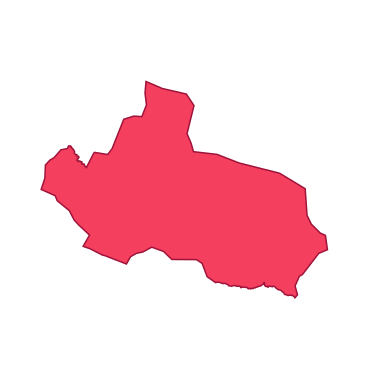 Mandal, Selenge, Mongolia, rotated 20°
{"feature_id": "93677404B74033139803686", "entity_name": "Mandal", "entity_type": "district", "adm_level": 2, "iso_a3": "MNG", "parent_name": "Mongolia", "parent_adm1": "Selenge", "projection": "albers", "projection_center": [107.085, 48.868], "detail": "fine", "context": "isolated", "style": "filled", "palette": "rose", "viewbox_px": 384, "rotation_deg": 20, "n_neighbors": 0, "source": "geoboundaries", "source_scale": "gbopen_adm2", "svg_char_len": 5382}
<svg xmlns="http://www.w3.org/2000/svg" viewBox="0 0 384 384"><g transform="rotate(20 192 192)"><path d="M245.1,269.1L246.1,268.5L246.7,268.1L247.2,267.9L247.5,267.8L247.8,267.7L248.5,267.6L248.9,267.5L249.4,267.4L249.7,267.4L249.9,267.4L250.2,267.5L250.6,267.6L250.9,267.6L251.3,267.6L251.6,267.6L251.9,267.5L252.4,267.5L252.5,267.4L252.9,267.2L253.1,267.0L253.7,266.7L254.0,266.7L254.3,266.7L254.6,266.7L254.8,266.6L255.0,266.6L255.3,266.6L255.5,266.6L255.9,266.7L256.1,266.8L256.3,266.7L256.9,266.7L257.4,266.7L257.7,266.8L257.8,267.0L258.1,267.3L258.3,267.4L258.5,267.5L259.0,267.6L259.4,267.4L259.7,267.2L260.1,267.1L260.4,267.1L260.6,267.1L260.8,267.1L261.2,267.2L261.4,267.1L261.5,267.1L261.7,266.9L261.9,266.7L262.5,266.2L263.1,265.8L263.6,265.5L264.1,265.3L264.3,265.3L264.7,265.3L264.9,265.3L265.2,265.3L265.4,265.4L265.7,265.3L265.9,265.2L266.1,265.1L266.3,265.2L266.6,265.1L266.9,265.1L267.0,265.1L267.3,264.8L267.5,264.7L268.0,264.6L268.2,264.4L268.4,264.3L268.5,264.2L268.9,264.1L269.2,264.1L269.5,264.2L269.8,264.3L270.0,264.6L270.1,264.9L270.2,265.0L270.3,265.1L270.5,265.1L270.9,265.1L271.0,265.0L271.2,264.6L271.4,264.5L271.5,264.4L271.9,264.3L272.1,264.2L272.4,264.0L272.5,263.9L272.8,263.8L273.0,263.7L273.5,263.5L273.8,263.4L274.2,263.4L274.9,263.4L275.3,263.2L275.5,263.1L275.9,262.9L276.0,262.9L276.6,263.0L276.9,263.2L277.0,263.3L277.3,263.3L277.5,263.4L277.6,263.5L278.0,263.7L278.4,263.6L278.6,263.4L278.7,263.2L278.8,262.9L279.1,262.8L279.3,262.7L279.9,262.9L280.1,263.0L280.3,262.9L280.5,262.8L280.6,262.7L280.8,262.6L281.1,262.4L281.3,262.3L281.7,261.9L281.8,261.8L282.2,261.8L282.3,261.8L282.3,261.7L282.4,261.4L282.5,261.3L282.7,261.2L282.9,261.2L283.0,261.1L283.1,260.9L283.3,260.8L283.6,260.7L283.9,260.6L284.0,260.5L284.3,260.3L284.5,260.0L284.7,259.8L284.9,259.6L285.5,259.1L286.1,258.7L286.3,258.6L286.7,258.1L286.9,258.0L287.2,257.7L287.7,257.3L287.9,257.1L288.2,257.0L288.3,256.9L288.5,256.9L288.9,256.5L289.1,256.0L289.3,255.7L289.5,255.4L290.0,254.8L290.3,254.5L290.5,254.2L290.5,253.8L290.5,253.4L290.5,253.0L290.6,252.6L290.7,252.4L290.8,252.4L291.0,252.4L291.3,252.8L291.5,253.2L291.6,253.7L291.8,254.3L292.0,254.6L292.4,255.0L292.6,255.2L293.0,255.3L293.3,255.4L293.7,255.5L294.0,255.4L294.3,255.1L294.4,254.9L294.5,254.8L294.6,254.7L294.9,254.9L295.0,255.0L295.2,255.4L295.5,255.4L295.8,255.4L296.1,255.4L296.3,255.2L296.4,254.8L296.5,254.5L296.5,254.4L296.9,253.9L297.1,253.8L297.7,253.8L298.4,253.8L298.8,253.7L299.3,253.6L299.7,253.5L300.2,253.4L300.3,253.1L300.6,252.8L300.7,252.7L301.0,252.6L301.3,252.6L301.5,252.7L301.9,252.6L302.0,252.6L302.6,252.8L302.8,252.9L303.1,253.1L303.5,253.4L303.9,253.6L304.6,253.7L305.3,254.0L305.7,254.2L306.1,254.3L306.9,254.3L307.4,254.1L307.9,254.0L308.4,254.0L308.8,254.0L309.2,254.0L309.6,254.2L310.1,254.4L310.4,254.6L311.1,254.9L311.4,255.0L312.2,255.0L312.5,255.1L312.8,255.3L313.0,255.6L313.3,256.0L313.5,256.2L313.8,256.4L314.1,256.5L314.6,256.5L315.0,256.5L315.3,256.5L315.9,256.3L316.1,256.2L316.3,256.2L316.5,256.3L316.9,256.4L317.3,256.5L317.6,256.4L317.9,256.3L318.2,256.1L318.4,255.9L319.1,255.6L319.6,255.3L320.4,255.2L320.8,255.2L321.1,255.0L321.3,254.9L321.8,254.9L321.9,255.0L322.1,255.0L322.5,255.0L323.5,255.4L323.8,255.5L324.3,255.7L324.7,256.0L324.9,256.2L326.3,252.5L321.0,245.0L321.7,234.4L324.0,231.8L332.1,206.3L339.0,199.9L332.2,187.1L326.5,186.7L315.1,181.4L308.1,174.6L297.2,150.2L267.9,144.4L226.4,148.6L202.6,148.1L179.6,153.6L174.4,146.4L167.4,138.9L164.3,110.1L153.2,101.9L128.7,104.9L111.0,103.9L114.0,115.1L119.4,125.7L119.1,138.3L111.3,140.6L103.0,147.0L102.1,178.7L99.9,185.6L86.9,188.1L86.4,189.1L84.4,205.2L84.2,205.1L84.1,204.8L84.0,204.7L83.9,204.4L83.7,204.3L83.4,204.3L83.0,204.5L82.7,204.5L82.2,204.4L82.0,204.2L81.8,203.5L81.7,203.3L81.2,202.8L81.0,202.6L80.9,202.6L80.6,202.7L80.0,203.2L79.4,203.2L78.9,203.2L78.6,203.2L78.4,203.0L78.3,202.8L78.4,202.6L78.6,202.4L78.6,202.2L78.5,201.9L78.4,201.5L78.2,201.4L77.6,201.4L77.1,201.5L76.8,201.5L76.2,201.2L75.8,201.2L75.4,201.4L75.2,201.6L75.1,201.8L75.1,202.2L74.9,202.2L74.3,201.7L74.0,201.6L73.8,201.6L73.6,201.7L73.4,201.9L73.2,201.9L73.1,201.7L73.2,201.3L73.0,201.1L72.8,200.9L72.8,200.7L73.5,200.0L73.8,198.9L73.9,198.2L73.6,197.7L73.4,197.5L73.3,197.4L73.1,197.3L73.0,197.2L72.8,197.3L72.7,197.4L72.6,197.7L72.6,197.9L72.4,197.9L72.2,197.9L71.5,197.7L71.3,197.5L71.2,197.3L71.2,197.1L71.2,196.7L71.1,196.3L71.0,196.2L70.8,196.2L70.5,196.3L70.3,196.5L70.0,196.6L69.7,196.7L69.4,196.5L69.2,196.4L69.0,196.2L68.3,195.8L68.1,195.7L68.1,195.3L68.2,195.2L68.1,194.9L67.9,194.6L67.8,194.4L67.8,194.1L67.6,193.9L67.3,193.8L67.1,193.7L67.0,193.4L66.9,193.2L66.7,193.0L65.9,192.9L65.7,192.8L65.6,192.7L65.4,192.6L65.4,192.4L65.3,192.1L65.2,192.0L64.6,192.0L64.4,191.9L64.2,191.8L64.0,191.7L63.7,191.7L63.4,191.6L63.4,191.3L63.4,191.1L63.4,190.9L63.2,190.8L62.8,190.9L62.6,190.7L62.4,190.5L62.3,190.4L62.0,190.3L61.8,190.4L61.6,190.5L61.2,190.6L60.8,190.7L60.6,190.6L60.4,190.7L60.3,191.0L60.2,191.2L60.2,191.5L60.3,191.7L59.9,193.9L54.4,197.2L50.7,206.8L47.6,210.6L45.0,216.8L49.0,229.3L49.4,241.2L64.8,242.3L68.3,246.3L83.1,251.5L90.9,258.7L97.4,262.0L110.4,267.5L108.3,280.3L115.7,280.2L129.3,281.9L132.2,281.6L155.0,282.1L156.4,273.8L160.7,268.7L166.4,265.1L173.1,257.6L185.6,257.6L196.1,262.3L219.4,254.0L226.0,255.7L235.2,266.4L245.1,269.1Z" fill="#f43f5e" stroke="#9f1239" stroke-width="1.5"/></g></svg>